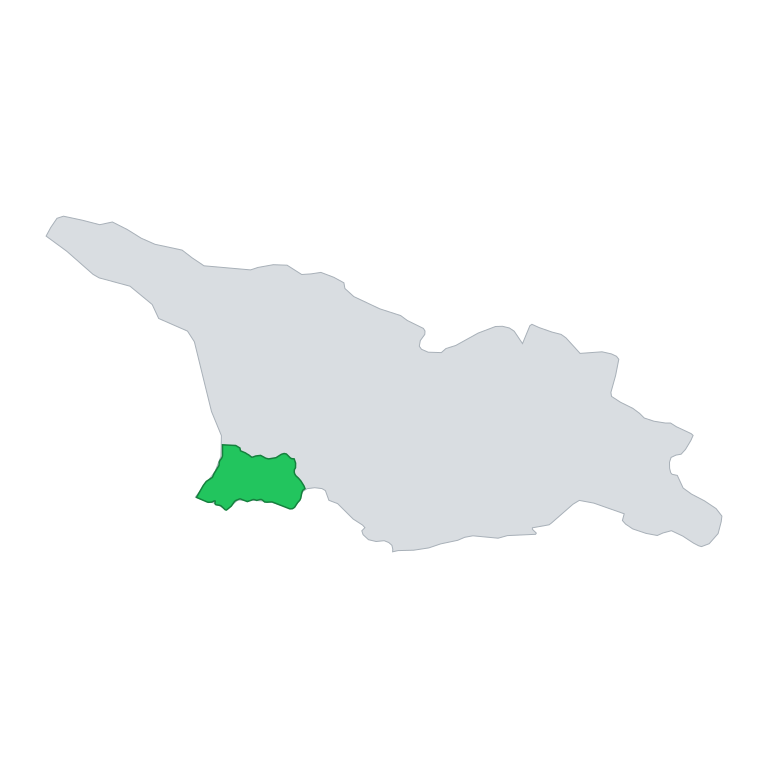 location of Ajaria within Georgia
{"feature_id": "GEO-3027", "entity_name": "Ajaria", "entity_type": "Autonomous Republic", "adm_level": 1, "iso_a3": "GEO", "parent_name": "Georgia", "parent_adm1": "", "projection": "orthographic", "projection_center": [42.09, 41.662], "detail": "fine", "context": "in_parent", "style": "filled", "palette": "green", "viewbox_px": 768, "rotation_deg": 0, "n_neighbors": 0, "source": "natural_earth", "source_scale": "10m", "svg_char_len": 3221}
<svg xmlns="http://www.w3.org/2000/svg" viewBox="0 0 768 768"><path d="M392.6,551.8L392.8,549.3L391.9,545.3L388.7,542.5L384.2,540.7L376.1,541.5L368.5,539.7L363.1,534.7L361.8,530.8L364.9,527.7L362.6,525.1L353.1,519.0L337.6,503.6L328.9,500.3L325.4,490.6L322.0,488.6L314.7,487.7L307.0,488.7L305.3,489.8L303.0,491.3L297.0,503.5L292.8,507.6L282.4,505.7L273.8,502.9L266.8,501.3L253.2,500.3L237.8,500.1L227.3,508.7L222.8,507.6L214.9,503.3L202.2,499.7L195.5,497.0L215.1,471.5L220.9,456.4L221.2,447.2L221.4,435.6L211.5,411.5L203.1,377.4L194.4,341.8L187.5,331.1L158.7,318.5L152.2,304.5L130.0,286.2L99.2,277.9L93.1,274.4L66.7,251.2L46.1,236.1L50.8,227.4L57.0,218.3L63.5,216.2L82.3,220.2L99.7,224.7L112.4,222.0L127.4,229.6L141.2,238.2L155.0,244.3L182.1,250.1L192.2,257.9L204.0,265.8L250.5,269.9L254.3,268.7L257.7,267.5L273.3,264.7L287.1,265.2L301.7,274.5L311.0,273.9L320.9,272.4L333.8,277.3L343.9,282.8L344.9,288.5L353.8,296.6L379.7,308.8L400.7,315.6L407.3,320.5L423.4,328.4L425.0,331.0L424.8,334.4L420.3,340.6L419.3,346.2L421.5,349.3L428.2,352.2L441.3,352.6L446.0,348.5L455.7,345.5L465.3,340.2L478.1,333.1L495.5,326.5L502.5,326.3L509.4,328.0L514.2,331.2L522.5,343.6L529.9,325.7L531.9,324.3L539.2,327.6L552.1,332.1L561.1,334.4L566.0,337.9L580.1,353.4L602.0,351.8L611.4,353.9L616.5,356.3L618.8,359.3L615.6,375.5L610.9,392.4L611.5,396.4L620.6,402.3L632.9,408.4L639.6,413.4L644.2,418.0L653.9,421.2L665.2,423.0L670.5,423.0L676.3,426.7L691.1,433.6L693.1,435.4L690.9,440.4L685.5,449.4L681.1,454.2L676.0,455.1L671.1,457.4L669.5,462.2L669.6,468.3L670.7,472.7L672.1,474.3L677.3,475.4L683.1,488.0L691.5,494.1L704.4,500.8L716.1,508.6L721.9,516.1L721.2,521.7L718.1,533.6L709.2,543.7L701.5,546.6L698.7,545.8L693.5,543.1L682.8,536.1L671.4,530.7L662.9,533.0L657.3,535.5L646.1,533.4L632.7,528.9L625.6,524.1L622.4,520.5L624.2,513.8L593.8,503.1L579.3,500.4L573.0,504.2L551.6,522.9L549.1,524.8L532.4,527.8L532.4,529.3L536.3,533.1L535.6,534.3L507.4,535.6L498.1,538.2L472.9,535.8L464.7,537.3L457.7,540.3L440.6,543.9L428.8,547.9L413.7,550.2L398.0,550.6L392.6,551.8Z" fill="#d9dde1" stroke="#a8b0b8" stroke-width="1"/><path d="M291.3,508.8L289.9,508.9L272.0,501.9L267.0,502.2L264.6,502.0L262.9,500.4L261.4,499.5L259.9,499.5L256.7,500.4L255.2,499.8L253.8,499.5L252.4,499.7L250.9,500.4L247.3,501.6L240.0,498.8L235.9,500.4L234.5,501.5L231.3,506.1L227.2,509.5L226.2,510.1L225.0,509.6L221.0,505.8L219.6,505.3L216.6,504.9L215.5,504.5L215.0,503.6L215.0,502.5L215.2,501.5L215.0,500.9L214.3,500.9L211.7,502.1L208.7,502.3L207.4,502.1L196.5,497.4L203.3,485.4L206.3,481.4L212.4,477.4L214.2,473.3L219.0,465.5L219.2,463.9L219.2,462.7L219.4,461.6L220.0,460.4L221.7,458.1L222.2,457.0L222.5,455.8L222.5,444.8L235.7,445.5L238.4,447.1L239.9,448.0L240.5,450.8L245.4,452.9L247.4,454.2L248.6,454.8L251.7,457.2L253.0,457.0L255.7,456.0L260.6,455.4L263.8,457.1L265.7,458.2L268.6,458.9L270.5,458.6L276.0,457.7L281.4,454.3L284.1,453.5L286.4,454.0L290.3,457.9L291.6,458.6L294.2,458.9L294.6,460.2L295.6,463.1L295.5,467.8L294.4,469.6L294.2,472.1L294.8,474.1L295.9,475.8L298.5,478.2L300.9,481.0L303.9,485.8L305.0,488.6L304.8,488.7L302.8,490.3L301.8,492.6L300.8,498.1L299.8,500.3L297.6,502.7L294.6,507.3L292.5,508.7L291.3,508.8Z" fill="#22c55e" stroke="#15803d" stroke-width="1.5"/></svg>